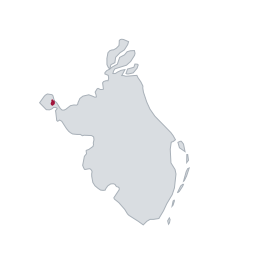 location of Beek, Limburg, Netherlands, rotated 124°
{"feature_id": "6326949B12958717233979", "entity_name": "Beek", "entity_type": "district", "adm_level": 2, "iso_a3": "NLD", "parent_name": "Netherlands", "parent_adm1": "Limburg", "projection": "albers", "projection_center": [5.806, 50.927], "detail": "fine", "context": "in_parent", "style": "filled", "palette": "rose", "viewbox_px": 256, "rotation_deg": 124, "n_neighbors": 0, "source": "geoboundaries", "source_scale": "gbopen_adm2", "svg_char_len": 3662}
<svg xmlns="http://www.w3.org/2000/svg" viewBox="0 0 256 256"><g transform="rotate(124 128 128)"><path d="M156.5,215.4L152.6,215.3L148.9,215.2L147.0,214.9L144.9,213.9L144.0,212.0L142.9,209.7L143.2,208.3L146.6,204.4L147.1,203.3L146.7,202.7L147.1,200.9L149.7,195.0L150.0,192.6L148.9,191.0L147.2,190.0L141.7,188.2L139.1,185.7L137.9,183.5L136.7,182.9L134.9,183.6L130.4,184.4L126.8,183.2L122.4,179.1L121.5,175.4L121.0,172.6L119.9,171.6L118.4,173.0L116.6,175.3L112.9,175.5L111.9,175.0L111.7,173.7L111.6,172.5L110.6,171.0L109.5,170.1L104.8,174.3L103.1,174.2L101.0,172.6L100.0,171.0L97.6,171.8L95.4,173.8L96.1,177.4L94.9,178.1L92.3,177.7L89.4,176.1L86.1,175.1L81.1,172.5L74.1,174.4L69.3,171.8L65.3,171.4L62.8,169.4L60.2,166.0L62.2,163.9L64.1,163.2L71.4,163.0L76.8,164.4L86.2,171.9L88.7,171.9L91.3,171.0L90.0,169.0L87.6,168.0L84.1,166.0L81.3,163.2L88.0,162.5L87.1,161.1L86.3,158.7L79.4,150.1L80.7,147.9L82.6,143.1L84.9,139.1L86.6,138.1L89.6,135.3L96.0,127.0L100.1,120.3L103.2,112.3L107.8,90.0L109.1,86.3L111.2,82.1L113.8,82.9L115.6,84.2L122.0,81.1L132.9,72.9L136.1,65.8L139.3,62.5L151.7,56.0L158.5,54.1L169.1,53.5L176.7,52.3L185.8,51.8L189.4,55.7L191.4,58.6L194.7,60.2L199.8,61.2L199.6,67.0L199.9,78.4L199.5,80.4L197.3,85.2L195.0,93.9L194.5,99.6L193.8,100.7L184.0,100.8L182.6,101.8L182.4,103.0L182.9,104.5L182.7,105.9L182.0,107.1L182.4,109.0L184.1,111.1L187.3,112.4L190.6,112.5L192.3,112.2L193.6,113.7L194.8,116.0L194.8,119.0L194.4,123.0L192.8,126.7L188.4,131.0L186.3,132.5L184.4,133.3L183.5,134.4L183.1,135.9L183.2,137.1L186.5,140.5L186.5,141.2L185.5,143.0L184.3,144.7L175.9,148.3L172.5,148.0L170.5,149.8L169.9,150.1L167.7,148.5L162.8,146.7L160.9,147.4L159.9,148.4L156.8,149.6L154.6,151.5L154.6,153.9L158.5,160.3L159.9,161.5L160.0,163.9L161.9,166.8L163.9,170.5L164.1,172.9L163.9,175.3L162.9,178.7L159.5,186.6L159.5,188.1L159.8,189.3L160.9,189.6L161.8,190.2L161.6,191.3L155.2,196.8L154.3,197.8L151.6,197.5L151.2,198.4L151.6,199.9L152.6,201.2L154.9,201.9L156.9,203.3L158.5,206.0L156.5,215.4ZM89.4,176.1L88.7,178.4L87.2,180.9L82.1,184.4L76.8,186.7L74.1,186.3L72.3,185.0L71.3,183.7L68.5,182.3L64.7,181.6L62.3,182.9L60.5,184.1L59.0,183.9L57.9,182.8L57.1,181.1L56.1,175.8L59.0,174.9L65.3,174.7L70.0,176.7L76.3,177.8L81.2,175.4L85.0,177.6L89.4,176.1ZM79.4,154.5L83.0,157.9L83.7,158.9L84.0,160.1L79.3,161.3L74.4,157.1L71.1,158.0L69.9,156.0L70.0,154.8L73.4,153.9L79.4,154.5ZM115.6,74.3L112.0,78.6L109.8,77.3L109.2,76.3L110.3,73.0L115.7,67.5L115.6,74.3ZM131.8,55.3L128.4,55.8L126.9,54.9L135.1,52.6L140.2,51.9L141.1,52.2L131.8,55.3ZM153.7,50.9L146.6,51.9L144.1,51.2L143.7,50.5L145.7,50.1L151.8,50.0L153.7,50.6L153.7,50.9ZM123.9,60.0L117.1,64.4L116.6,63.7L120.9,59.8L123.9,60.0ZM182.8,43.2L179.4,43.5L180.4,41.9L183.4,40.6L185.1,40.6L182.8,43.2ZM168.3,47.7L163.3,49.8L162.0,49.4L162.3,48.8L166.8,47.5L168.3,47.7Z" fill="#d9dde1" stroke="#a8b0b8" stroke-width="1"/><path d="M148.0,204.6L147.9,204.6L148.0,204.7L148.0,204.8L148.0,205.0L147.9,205.0L147.9,205.3L147.7,205.4L147.7,205.5L147.5,205.9L147.4,205.9L147.4,206.0L147.3,206.3L147.5,206.4L147.6,206.2L147.8,206.0L147.8,205.9L148.0,205.7L148.3,205.6L148.5,205.6L148.8,205.6L149.0,205.5L149.0,205.4L149.1,205.5L149.5,205.4L150.2,205.3L150.2,205.1L150.3,205.1L150.6,205.1L150.8,204.9L150.8,204.7L151.0,204.6L151.0,204.4L151.1,204.2L151.1,203.9L151.2,203.7L150.9,203.6L150.7,203.5L150.6,203.4L150.5,203.5L150.4,203.5L150.2,203.4L149.9,203.3L149.9,203.2L149.7,203.1L149.4,203.0L149.1,203.4L148.8,203.2L148.7,203.2L148.7,203.3L148.5,203.5L148.4,203.5L148.2,203.6L148.3,203.7L148.3,203.8L148.2,203.9L148.3,203.9L148.2,203.9L148.2,204.0L148.2,204.3L148.0,204.5L148.0,204.6Z" fill="#f43f5e" stroke="#9f1239" stroke-width="1.5"/></g></svg>